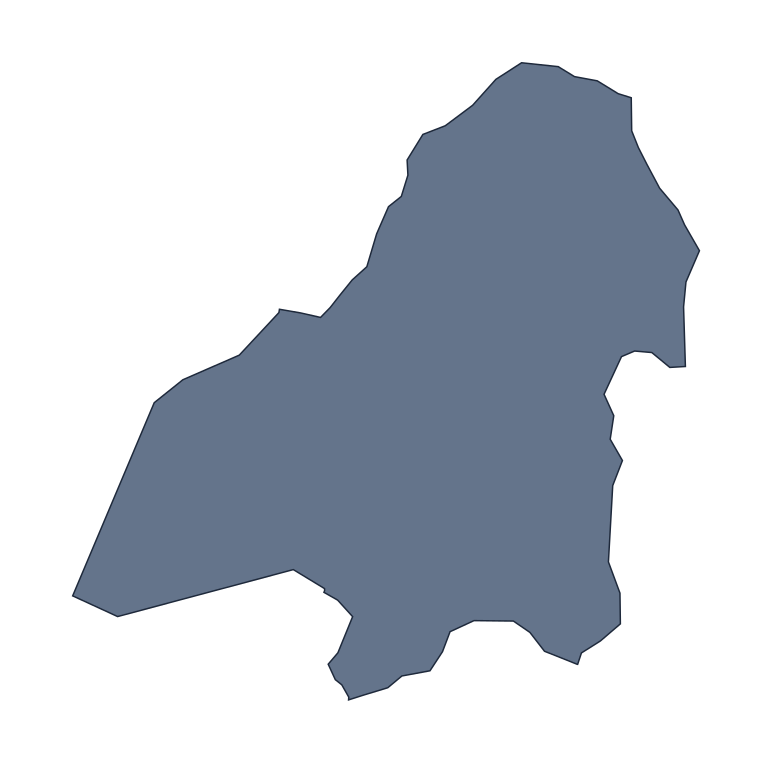 the district of Motala, Östergötland, Sweden, rotated 357°
{"feature_id": "70781695B67213820771723", "entity_name": "Motala", "entity_type": "district", "adm_level": 2, "iso_a3": "SWE", "parent_name": "Sweden", "parent_adm1": "Östergötland", "projection": "albers", "projection_center": [15.209, 58.662], "detail": "fine", "context": "isolated", "style": "filled", "palette": "slate", "viewbox_px": 768, "rotation_deg": 357, "n_neighbors": 0, "source": "geoboundaries", "source_scale": "gbopen_adm2", "svg_char_len": 1100}
<svg xmlns="http://www.w3.org/2000/svg" viewBox="0 0 768 768"><g transform="rotate(357 384 384)"><path d="M332.1,697.6L347.3,693.6L371.9,687.5L386.6,676.5L414.9,672.8L428.4,654.4L437.0,634.8L461.5,625.0L500.8,627.5L516.7,639.7L530.3,659.3L562.2,674.0L562.7,674.1L567.1,662.9L586.7,651.9L607.5,635.9L608.7,605.2L598.8,573.4L607.1,497.4L618.1,472.9L607.0,451.0L611.8,427.7L603.2,405.8L622.6,369.1L636.0,364.2L653.1,366.6L670.3,382.4L685.9,382.3L687.2,322.7L690.9,297.9L706.0,267.4L692.5,240.8L686.7,225.6L669.5,202.9L658.0,178.3L650.4,161.2L644.6,144.1L645.9,111.1L633.0,106.3L612.8,92.4L590.3,87.0L575.9,77.1L574.7,76.2L538.2,70.4L511.7,85.6L487.1,110.3L458.7,129.3L435.9,136.8L418.8,161.5L418.8,176.7L411.1,197.6L397.8,207.1L384.5,233.7L373.0,266.0L357.7,278.4L344.4,293.2L334.2,304.9L324.1,314.2L304.6,308.7L283.5,303.9L282.8,307.2L241.0,347.6L183.4,369.2L153.6,390.6L62.0,579.3L105.8,602.3L283.7,564.6L313.9,585.2L313.9,587.2L313.1,588.9L326.4,597.4L340.5,614.7L323.9,650.0L313.6,660.9L319.9,676.7L326.1,682.2L332.4,694.8L332.1,697.6Z" fill="#64748b" stroke="#1e293b" stroke-width="1.5"/></g></svg>